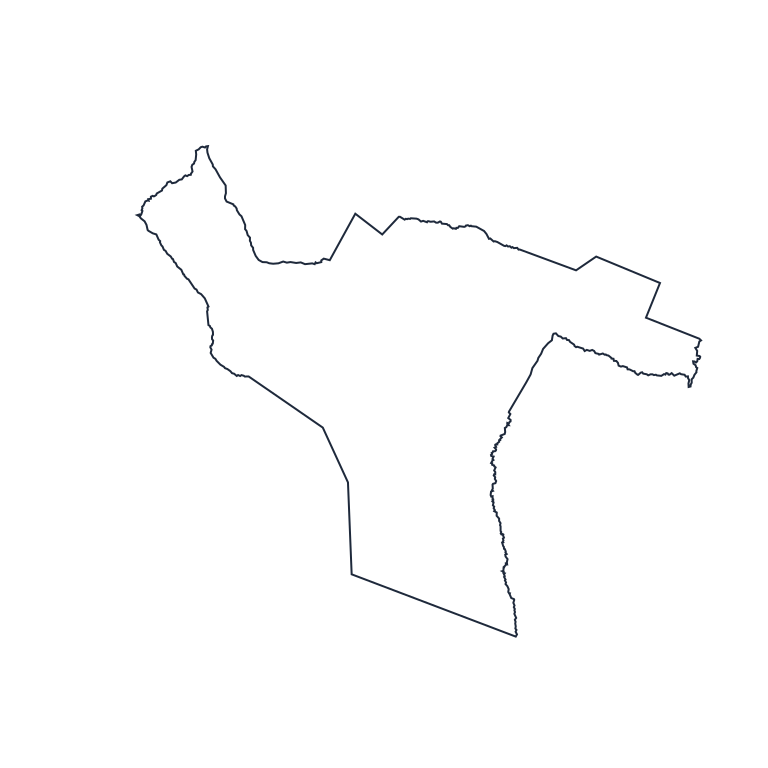 the district of San Rafael, Mendoza, Argentina, rotated 20°
{"feature_id": "61730980B42121604183922", "entity_name": "San Rafael", "entity_type": "district", "adm_level": 2, "iso_a3": "ARG", "parent_name": "Argentina", "parent_adm1": "Mendoza", "projection": "orthographic", "projection_center": [-69.079, -35.05], "detail": "fine", "context": "isolated", "style": "outline", "palette": "slate", "viewbox_px": 768, "rotation_deg": 20, "n_neighbors": 0, "source": "geoboundaries", "source_scale": "gbopen_adm2", "svg_char_len": 6151}
<svg xmlns="http://www.w3.org/2000/svg" viewBox="0 0 768 768"><g transform="rotate(20 384 384)"><path d="M391.0,212.5L390.0,212.9L388.4,212.2L383.6,213.5L381.9,212.1L381.0,212.1L379.4,214.0L377.8,214.6L375.5,214.1L372.3,215.6L370.1,215.8L369.3,216.2L369.1,217.3L365.0,217.3L363.2,218.7L360.1,217.5L358.0,217.5L352.5,219.1L352.1,219.9L350.1,220.4L349.3,221.2L348.0,221.3L347.2,222.5L341.8,221.4L340.7,221.8L331.2,244.1L298.8,233.8L290.7,286.2L284.5,286.8L282.8,289.3L283.4,290.9L279.5,293.5L278.1,293.1L277.9,295.1L275.3,295.2L268.8,298.4L264.2,298.2L260.1,300.3L254.4,301.4L251.2,303.2L247.4,303.4L243.5,306.7L238.7,308.9L234.8,309.8L232.2,309.7L228.1,311.0L223.8,310.3L219.6,307.5L215.2,302.8L214.4,300.8L211.8,299.2L210.6,296.7L209.0,295.3L208.0,292.3L205.0,290.7L202.5,287.2L200.5,286.0L199.2,282.1L192.7,275.1L190.2,274.1L186.3,271.0L185.5,269.5L183.4,268.0L181.8,267.7L181.0,266.7L173.7,266.4L171.1,264.0L170.4,262.0L170.2,258.8L167.3,251.6L159.2,245.9L152.2,239.8L148.8,238.0L148.0,236.3L142.6,231.6L139.0,227.0L137.5,224.0L137.2,220.7L135.5,221.6L134.9,223.0L132.2,223.1L130.8,224.2L129.6,226.9L127.4,229.2L129.0,232.5L130.4,238.0L129.8,240.3L130.1,241.8L128.9,243.5L128.9,245.8L131.4,249.8L130.7,252.3L130.9,253.5L129.1,254.3L127.9,256.0L126.0,255.9L125.1,257.3L124.0,260.9L121.8,262.1L119.4,265.9L116.2,267.8L113.9,266.6L111.5,268.7L111.5,271.6L108.9,276.2L109.2,278.1L105.3,282.7L105.3,284.3L104.2,285.8L103.6,286.4L102.3,286.3L100.9,287.7L101.6,289.6L99.2,291.0L100.1,292.2L99.2,292.3L97.3,294.0L97.0,298.5L96.1,300.1L96.9,301.7L96.8,303.6L97.8,304.0L97.9,307.8L97.6,308.7L96.4,308.2L94.4,309.7L96.7,310.0L98.9,311.5L103.4,313.0L106.4,315.7L109.2,320.1L110.2,320.6L115.2,321.5L118.9,321.3L122.9,325.5L124.8,326.3L125.0,327.5L127.4,329.9L128.8,330.5L131.3,333.2L133.2,333.6L135.8,335.8L140.0,337.1L142.1,338.8L143.0,338.8L144.9,341.1L146.9,341.6L149.5,344.3L154.5,346.0L157.9,349.6L158.7,349.5L159.6,350.7L163.0,352.5L164.4,352.5L173.4,359.1L175.5,359.4L177.8,361.6L181.4,362.1L186.3,364.8L192.6,371.3L191.9,372.4L193.1,374.7L192.9,376.2L198.9,388.7L200.5,389.0L201.5,390.2L203.4,390.9L205.4,393.5L206.5,396.3L206.1,397.1L206.3,398.8L207.1,400.7L208.6,401.6L209.3,404.7L208.7,405.5L209.0,406.6L208.0,407.8L208.3,409.0L210.2,410.7L210.5,414.1L214.8,417.6L216.9,418.0L218.8,419.5L223.7,421.8L227.8,422.6L229.2,423.5L231.7,423.5L235.3,424.5L237.5,425.8L239.6,425.6L242.9,426.8L243.8,425.5L246.1,425.7L247.0,424.4L249.4,424.2L250.6,424.6L254.2,423.2L341.4,445.9L383.8,488.8L418.7,573.9L594.2,576.3L594.6,573.8L592.4,571.8L592.6,569.8L591.1,568.9L590.7,566.7L589.2,564.1L589.0,562.5L587.6,560.8L588.2,558.6L585.1,555.4L585.1,553.5L583.9,552.0L583.9,550.7L582.3,549.3L582.4,547.5L580.4,545.4L580.2,542.3L579.7,541.7L576.8,541.6L573.9,538.5L573.9,537.7L573.1,537.9L571.9,536.9L571.3,534.1L569.1,531.8L566.6,530.4L566.6,528.8L564.8,527.2L565.1,526.2L562.8,524.2L563.2,523.3L561.8,521.8L562.2,520.6L560.7,520.6L560.7,519.6L559.2,519.4L560.1,518.7L559.3,516.1L559.6,515.5L559.1,515.1L560.4,512.5L559.9,511.1L561.3,511.2L560.4,509.4L560.0,506.3L557.3,504.6L556.3,502.9L557.4,501.8L555.7,500.7L555.7,499.7L554.0,497.8L553.1,497.8L552.3,496.0L551.5,495.6L549.3,492.7L550.2,492.0L549.5,491.4L549.8,490.3L548.6,488.6L549.3,487.4L547.6,485.5L547.6,484.6L546.8,484.4L545.8,485.2L544.8,484.5L544.8,483.0L543.8,482.2L542.2,477.8L541.3,476.9L541.1,474.9L539.0,473.3L538.2,471.1L534.9,469.3L533.9,466.2L531.0,465.8L531.3,464.6L529.5,463.2L529.5,461.6L527.8,460.7L527.5,457.9L526.1,457.3L526.6,456.5L525.6,455.8L526.0,454.9L525.2,454.4L524.4,452.3L523.3,453.1L522.2,451.9L521.4,448.5L522.9,447.2L521.8,446.7L522.0,445.1L520.4,441.4L520.6,440.5L522.6,439.1L522.6,436.8L520.6,435.3L520.4,433.6L518.4,432.4L518.5,431.0L519.4,430.8L518.7,428.7L517.1,427.6L517.4,424.2L515.8,423.7L515.4,422.9L513.2,422.9L512.8,421.5L511.7,421.6L512.1,418.9L512.8,418.0L511.6,417.4L511.8,414.7L509.5,415.0L508.8,414.1L509.5,412.8L508.8,411.9L509.5,411.1L509.5,409.9L511.3,409.2L511.9,408.2L511.7,407.1L509.7,406.0L510.9,404.8L509.3,403.3L509.5,402.6L511.1,402.0L510.7,401.1L512.0,398.9L511.4,397.5L512.4,396.9L512.0,396.0L513.0,393.9L511.3,393.2L511.2,392.6L514.5,389.7L514.3,387.7L512.6,384.0L513.7,382.7L513.9,380.5L515.1,380.1L513.4,379.2L513.2,378.4L514.8,378.5L514.9,376.9L515.7,375.9L515.3,374.5L512.4,373.5L513.0,369.0L511.0,368.0L510.9,367.2L517.1,333.9L518.5,324.9L518.0,318.3L520.3,309.7L520.1,306.7L521.3,301.9L521.5,296.6L524.3,289.5L526.8,285.5L525.9,280.8L526.1,278.8L528.2,277.6L531.4,279.3L533.9,279.0L536.4,280.1L539.3,278.7L540.9,280.0L542.8,279.5L544.5,280.8L549.2,282.0L550.0,283.1L551.9,283.7L552.8,282.9L559.0,282.6L561.3,284.4L562.9,282.6L566.0,282.5L568.0,280.8L570.2,281.1L572.1,282.7L575.5,282.3L576.1,282.8L579.2,280.5L581.3,281.0L582.3,280.4L583.1,280.8L585.2,280.5L588.7,281.7L589.1,282.3L591.0,281.8L592.1,283.6L594.5,282.9L596.6,284.1L598.2,286.5L600.7,286.6L602.3,285.5L606.7,285.3L607.9,286.9L609.7,286.3L613.9,286.8L615.0,286.3L616.3,287.6L619.1,288.6L619.7,288.5L621.4,285.5L622.6,284.7L624.0,285.6L627.6,285.0L629.3,285.5L631.1,283.8L633.0,283.1L634.6,283.3L636.3,282.3L637.4,282.6L641.8,281.5L643.8,278.9L645.2,278.9L645.5,277.2L646.9,277.0L648.1,277.9L649.1,277.6L650.6,275.4L653.9,276.9L658.3,272.8L659.8,273.2L663.3,272.5L665.0,273.8L667.0,272.9L667.6,274.4L669.5,276.0L669.9,279.3L671.3,282.6L672.9,281.5L672.4,279.7L672.7,277.6L671.5,274.4L672.5,272.2L672.6,269.1L673.6,266.1L673.1,265.1L672.9,261.8L671.6,261.5L670.4,259.8L667.9,259.1L666.7,257.0L668.2,256.6L669.8,257.1L670.6,255.6L670.1,253.1L671.7,252.7L672.0,251.2L671.8,250.2L671.0,249.8L668.2,250.3L667.0,245.8L664.2,243.6L666.4,241.6L665.8,236.2L667.0,234.6L664.8,233.6L607.5,232.1L608.8,194.7L539.8,191.7L525.6,211.5L465.5,211.2L464.5,211.7L462.6,210.5L459.6,211.9L457.9,211.4L457.1,212.3L455.1,211.5L453.5,212.4L451.8,211.8L450.9,212.9L449.6,213.1L441.9,211.8L439.3,211.9L438.3,212.6L434.1,210.9L433.0,211.7L429.0,208.0L425.7,206.0L416.9,204.6L412.2,205.8L411.5,205.5L410.6,206.4L408.5,206.1L406.8,207.1L406.7,208.0L405.6,208.9L400.7,210.0L400.0,212.1L398.6,212.5L398.5,213.6L396.3,213.8L395.5,214.5L392.6,213.7L391.0,212.5Z" fill="none" stroke="#1e293b" stroke-width="2"/></g></svg>